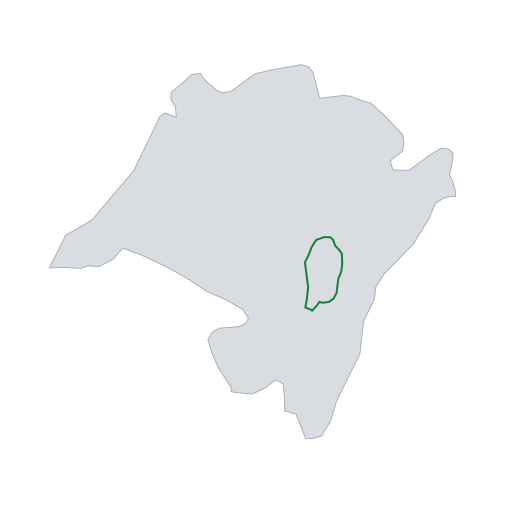 location of Mojkovac within Montenegro, rotated 84°
{"feature_id": "MNE-1513", "entity_name": "Mojkovac", "entity_type": "Municipality", "adm_level": 1, "iso_a3": "MNE", "parent_name": "Montenegro", "parent_adm1": "", "projection": "natural_earth1", "projection_center": [19.506, 42.966], "detail": "fine", "context": "in_parent", "style": "outline", "palette": "green", "viewbox_px": 512, "rotation_deg": 84, "n_neighbors": 0, "source": "natural_earth", "source_scale": "10m", "svg_char_len": 1692}
<svg xmlns="http://www.w3.org/2000/svg" viewBox="0 0 512 512"><g transform="rotate(84 256 256)"><path d="M217.6,51.4L217.1,54.4L218.0,63.3L222.4,72.0L237.9,80.8L260.6,98.4L287.4,130.6L299.7,140.2L310.8,142.6L332.3,155.9L347.4,159.2L364.2,162.9L408.1,190.8L427.8,199.0L441.8,209.5L443.4,219.4L442.8,225.6L417.5,232.8L413.1,243.7L400.8,242.4L386.0,242.3L381.1,249.3L388.2,260.7L392.9,274.1L389.2,292.5L388.0,295.0L384.4,294.3L363.5,305.0L347.9,310.0L333.9,312.5L327.3,307.4L324.0,300.4L324.5,280.2L322.0,273.4L317.2,270.1L307.6,274.9L296.4,290.5L286.0,308.6L270.5,327.6L257.6,345.8L243.7,368.7L234.2,387.7L244.1,398.4L250.1,413.3L248.2,424.5L250.0,431.0L246.9,450.5L246.3,462.8L215.6,443.1L203.0,415.4L158.3,368.6L107.0,336.8L104.3,331.8L107.2,325.7L109.6,320.8L99.0,320.5L91.5,324.3L84.4,323.3L76.5,311.3L68.9,301.0L68.6,291.9L72.1,290.7L77.2,287.1L88.0,276.9L90.2,271.6L89.7,263.6L74.7,238.1L72.6,221.6L70.5,190.8L73.7,183.6L79.3,180.1L105.8,176.2L105.5,152.3L107.1,145.1L112.4,135.2L115.8,126.1L130.5,113.0L150.5,97.5L159.2,97.1L166.8,99.2L175.4,112.6L184.8,110.8L186.8,94.8L174.5,73.8L168.0,60.4L170.0,53.0L174.6,49.2L185.2,51.6L195.3,55.2L201.7,52.8L211.8,50.9L217.6,51.4Z" fill="#d9dde1" stroke="#a8b0b8" stroke-width="1"/><path d="M244.4,185.5L245.1,180.2L247.8,177.7L254.0,176.2L258.5,172.7L259.9,171.9L262.7,170.4L269.4,170.8L272.7,171.0L280.1,172.8L284.6,174.9L286.1,176.1L292.2,177.7L301.1,179.7L306.4,183.3L309.3,188.3L309.5,194.5L308.3,197.8L311.7,200.7L316.2,205.9L315.6,206.1L312.4,212.3L305.1,210.2L299.8,209.0L292.6,207.4L279.5,207.7L267.3,208.0L260.8,203.7L252.7,199.6L252.3,199.2L246.3,194.5L244.3,186.1L244.4,185.5Z" fill="none" stroke="#15803d" stroke-width="2"/></g></svg>